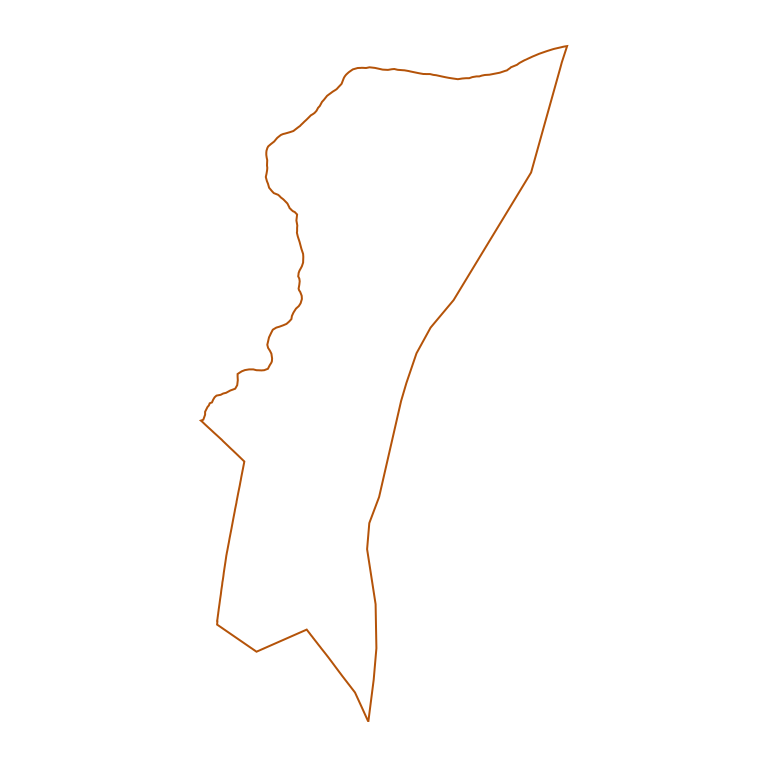 At Tina, Western Darfur, Sudan (orthographic projection)
{"feature_id": "16777658B29691256653968", "entity_name": "At Tina", "entity_type": "district", "adm_level": 2, "iso_a3": "SDN", "parent_name": "Sudan", "parent_adm1": "Western Darfur", "projection": "orthographic", "projection_center": [23.027, 15.059], "detail": "fine", "context": "isolated", "style": "outline", "palette": "amber", "viewbox_px": 768, "rotation_deg": 0, "n_neighbors": 0, "source": "geoboundaries", "source_scale": "gbopen_adm2", "svg_char_len": 4208}
<svg xmlns="http://www.w3.org/2000/svg" viewBox="0 0 768 768"><path d="M368.3,721.9L373.7,679.7L376.4,648.3L375.6,604.2L367.1,549.2L369.3,523.1L379.1,497.0L401.1,401.0L406.4,383.0L416.5,353.3L430.6,327.6L453.6,300.1L489.1,241.6L515.8,197.7L531.1,172.5L544.2,125.5L560.4,67.6L561.8,62.4L567.1,46.1L564.5,46.5L562.6,46.9L561.4,47.2L554.4,48.8L552.6,49.3L546.9,51.1L539.1,53.8L535.1,55.5L532.9,56.4L524.0,60.5L519.4,63.0L517.0,64.8L510.9,67.3L510.1,68.1L508.6,69.1L506.9,70.4L505.1,70.9L499.8,72.7L496.2,73.4L489.5,74.7L488.0,74.8L486.4,74.9L484.8,75.0L481.8,75.6L479.3,76.4L476.5,76.4L472.3,77.1L469.2,78.2L466.1,78.2L462.3,78.5L457.9,79.2L454.4,78.7L452.3,78.4L448.5,77.8L445.9,77.3L442.5,76.6L436.1,75.2L433.4,74.9L430.2,74.1L423.4,74.0L421.1,73.6L419.4,73.3L416.9,72.8L410.6,71.5L408.4,71.0L404.4,70.3L402.7,70.2L397.6,69.8L394.3,69.0L392.0,69.2L387.9,69.9L382.6,69.6L379.5,68.9L378.6,68.7L374.9,67.9L369.5,67.3L366.1,68.0L361.8,67.8L360.7,67.9L357.7,68.0L352.8,69.4L349.8,71.5L348.7,72.3L347.8,73.1L346.6,74.2L346.0,74.8L344.7,76.5L343.8,78.1L343.1,79.9L341.6,83.8L340.8,84.7L338.5,87.1L336.7,89.1L335.4,90.0L332.8,91.6L330.1,93.6L329.4,94.1L327.1,95.8L325.1,98.3L324.0,99.7L322.0,101.9L319.8,106.0L318.1,107.8L317.9,108.2L316.5,110.8L314.6,112.9L313.5,113.7L312.3,114.5L311.0,115.2L309.3,116.9L308.7,117.5L306.4,119.8L304.3,121.7L302.9,123.1L301.0,124.9L300.0,126.0L298.7,126.9L295.7,129.2L293.4,131.0L290.1,132.1L287.4,132.9L284.9,133.6L283.2,134.0L281.0,134.9L279.8,135.8L277.3,137.8L276.0,139.3L274.2,141.5L271.9,143.3L270.6,144.3L270.4,144.5L269.1,145.6L268.2,146.4L267.4,147.9L266.5,150.7L266.3,152.7L266.3,154.9L266.7,157.7L267.2,160.0L267.2,160.5L267.0,165.5L267.3,167.8L267.1,170.3L266.5,173.8L265.8,177.0L266.9,181.1L268.0,183.8L269.1,187.7L272.0,191.2L273.8,193.1L278.1,194.8L279.5,196.0L280.8,197.4L283.4,199.4L287.4,203.5L288.9,206.5L289.0,206.6L289.6,208.1L291.0,209.4L291.3,209.8L291.5,210.0L293.1,211.3L294.7,212.0L297.1,214.5L296.4,220.5L297.3,225.5L297.1,228.0L297.1,231.2L296.9,232.7L297.8,236.5L299.6,242.0L301.4,248.8L303.1,253.9L303.3,256.9L303.1,262.6L302.6,264.1L301.9,266.2L300.8,268.3L299.5,270.6L298.6,273.1L298.5,274.4L298.2,276.3L299.3,278.6L299.7,281.3L299.3,284.8L298.6,288.7L299.1,290.3L300.2,291.9L301.7,295.8L301.9,299.0L300.6,303.3L298.8,306.1L296.0,308.6L293.5,312.5L291.9,316.0L291.4,319.1L289.1,321.6L286.5,323.9L283.2,325.3L279.4,326.7L276.3,327.6L272.8,329.7L271.3,332.6L269.0,337.4L267.3,344.8L268.1,347.9L269.9,350.7L271.4,353.7L272.1,358.5L271.9,361.2L271.4,362.6L269.7,365.3L267.9,368.8L266.0,369.5L264.2,370.2L261.5,370.4L259.3,370.3L256.4,370.2L253.3,369.4L249.1,369.4L244.9,370.1L241.8,371.3L240.2,372.3L237.6,374.0L237.6,376.4L237.6,376.5L237.8,380.2L237.2,385.2L235.2,388.7L232.8,389.6L230.3,390.5L226.1,392.8L223.2,393.5L220.7,394.8L220.2,394.9L216.5,395.6L214.6,397.3L213.1,399.8L212.0,402.4L209.7,403.3L208.9,405.4L207.5,407.0L205.1,411.8L205.1,414.7L203.3,419.7L201.8,420.3L200.9,420.6L202.5,422.0L205.0,424.4L207.8,427.0L214.2,432.9L216.2,434.7L222.3,440.3L222.7,440.8L225.0,443.0L230.1,447.9L230.2,448.0L235.2,452.7L244.3,461.5L244.2,462.1L244.0,463.3L242.9,469.0L242.8,469.4L241.2,477.6L240.7,480.5L240.5,481.4L239.7,485.8L238.4,492.1L236.5,502.0L236.5,502.4L235.1,509.2L234.9,510.2L234.8,511.0L234.0,515.1L232.9,520.9L231.4,529.0L231.2,529.9L231.2,530.0L230.1,535.6L229.5,538.7L228.9,542.2L228.5,544.2L227.3,550.6L226.8,553.0L226.6,554.3L226.4,555.2L225.4,562.1L225.1,564.0L224.8,566.0L223.8,572.6L223.7,573.5L223.3,576.7L222.7,580.7L222.4,582.3L222.1,585.1L221.4,589.6L220.8,594.6L220.5,596.6L220.1,599.3L219.5,603.8L219.2,605.9L218.6,610.1L218.6,610.4L218.2,613.2L218.2,613.6L217.9,615.4L217.9,615.7L217.8,616.4L217.6,617.8L217.5,618.8L217.1,621.0L217.4,621.2L217.1,624.6L256.5,651.7L306.7,629.6L307.0,630.0L307.7,630.9L308.1,631.4L308.2,631.5L308.5,631.9L308.6,632.1L309.3,632.9L309.4,633.1L309.9,633.7L310.0,633.8L310.3,634.3L311.9,636.3L312.3,636.8L312.7,637.3L312.9,637.6L313.3,638.2L313.7,638.6L314.5,639.7L315.7,641.2L317.5,643.5L317.7,643.8L318.8,645.2L320.4,647.2L321.2,648.3L324.4,652.3L328.6,657.7L338.6,671.1L342.5,676.3L355.0,692.5L361.6,706.9L367.9,720.8L368.3,721.5L368.3,721.9Z" fill="none" stroke="#b45309" stroke-width="2"/></svg>